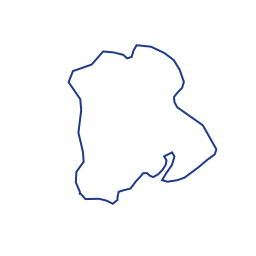 the Metropolitan City of Ulsan, rotated 46°
{"feature_id": "KOR-2508", "entity_name": "Ulsan", "entity_type": "Metropolitan City", "adm_level": 1, "iso_a3": "KOR", "parent_name": "South Korea", "parent_adm1": "", "projection": "equal_earth", "projection_center": [129.283, 35.499], "detail": "fine", "context": "isolated", "style": "outline", "palette": "blue", "viewbox_px": 256, "rotation_deg": 46, "n_neighbors": 0, "source": "natural_earth", "source_scale": "10m", "svg_char_len": 918}
<svg xmlns="http://www.w3.org/2000/svg" viewBox="0 0 256 256"><g transform="rotate(46 128 128)"><path d="M204.4,79.1L205.0,79.7L207.2,83.9L205.9,93.4L205.2,104.7L203.0,121.7L199.7,128.9L194.2,136.8L189.2,139.7L187.1,132.0L185.1,122.0L180.8,114.4L176.2,113.2L173.5,121.7L178.0,122.8L180.7,126.5L182.0,131.9L182.3,138.1L180.8,144.0L177.5,145.4L173.7,145.7L171.0,148.6L171.5,151.7L171.9,159.8L173.3,168.2L170.2,173.6L167.4,179.0L170.2,183.2L172.4,185.6L171.9,191.6L165.1,194.0L158.7,198.1L149.6,208.0L141.8,207.7L141.7,208.1L140.3,206.9L130.9,203.3L123.7,195.6L121.5,183.4L113.9,177.0L96.9,166.9L82.7,149.3L74.1,142.3L53.8,138.9L48.8,128.1L57.1,110.1L55.7,92.7L63.7,85.8L72.2,80.5L77.3,80.3L79.4,76.0L76.2,70.4L74.4,64.3L85.5,55.0L99.5,49.7L110.9,47.9L122.1,50.4L133.7,55.8L136.7,61.2L136.9,67.7L137.7,73.5L141.8,76.7L147.3,78.2L178.0,72.3L204.2,79.1L204.4,79.1Z" fill="none" stroke="#1e3a8a" stroke-width="2"/></g></svg>